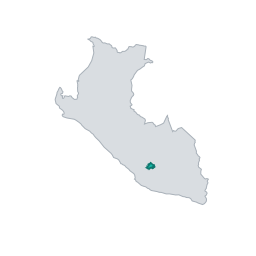 Huamanga, Ayacucho, Peru shown in context, rotated 339°
{"feature_id": "86281439B20433553011992", "entity_name": "Huamanga", "entity_type": "district", "adm_level": 2, "iso_a3": "PER", "parent_name": "Peru", "parent_adm1": "Ayacucho", "projection": "natural_earth1", "projection_center": [-74.211, -13.262], "detail": "fine", "context": "in_parent", "style": "filled", "palette": "teal", "viewbox_px": 256, "rotation_deg": 339, "n_neighbors": 0, "source": "geoboundaries", "source_scale": "gbopen_adm2", "svg_char_len": 5512}
<svg xmlns="http://www.w3.org/2000/svg" viewBox="0 0 256 256"><g transform="rotate(339 128 128)"><path d="M174.9,74.7L174.8,75.4L174.1,75.8L173.4,75.3L172.3,75.4L170.8,73.8L167.1,74.0L165.5,75.9L163.1,76.4L160.5,77.2L157.5,77.6L152.8,80.6L151.7,81.9L149.6,83.6L147.8,84.2L147.0,89.7L145.3,92.9L144.6,94.7L145.5,97.3L145.5,98.6L144.5,99.7L143.8,99.8L142.1,100.9L139.8,103.3L139.3,105.2L140.1,107.7L139.8,108.0L137.8,108.4L137.9,109.8L137.5,110.3L139.2,112.3L140.1,112.8L140.2,113.2L140.0,113.7L139.6,114.0L139.6,114.4L140.8,115.9L141.7,118.8L143.4,120.2L143.5,121.2L144.0,122.1L144.9,122.8L147.0,125.7L147.0,127.1L144.8,130.2L148.5,130.2L152.5,131.3L153.0,131.8L153.5,133.2L153.6,134.1L154.4,134.9L154.3,136.6L159.6,136.6L163.0,136.2L168.5,130.9L169.4,130.5L169.0,131.6L168.9,132.5L169.2,133.4L168.5,134.7L168.4,147.4L169.5,146.7L170.7,147.9L171.7,148.0L174.7,146.5L178.2,146.8L186.4,163.4L185.7,164.5L185.7,165.4L184.7,166.1L183.7,167.5L183.6,174.1L182.7,176.1L183.2,177.1L183.6,179.2L184.4,180.5L184.6,181.3L184.5,181.6L183.3,182.4L183.3,183.6L181.2,185.9L180.8,187.5L180.1,188.0L179.9,189.9L181.7,192.8L180.5,194.5L179.4,197.1L181.3,202.6L182.0,203.4L182.8,203.3L184.0,203.8L184.7,204.6L183.2,205.7L182.9,206.1L183.0,207.9L181.4,209.3L179.2,212.7L178.6,212.9L177.5,213.9L177.3,214.4L177.5,214.9L178.4,215.9L178.5,217.2L176.9,218.8L175.8,218.9L175.4,219.3L175.8,221.4L175.8,222.4L175.4,223.5L174.6,224.7L172.3,226.0L170.2,226.2L166.5,223.1L165.4,221.8L161.8,219.1L161.2,216.3L160.0,214.9L157.8,213.9L156.1,212.4L154.8,211.8L151.5,208.6L148.5,207.6L143.0,204.3L140.0,203.2L136.1,200.1L134.1,199.2L132.4,197.8L127.4,194.7L126.6,193.7L125.8,192.2L124.7,191.3L123.4,189.2L121.6,187.9L119.8,186.3L117.5,181.9L116.5,180.9L116.4,178.9L115.7,178.0L116.8,177.4L117.4,174.3L117.1,172.7L114.5,168.6L114.0,166.9L112.1,163.7L111.5,161.8L110.0,160.4L109.3,159.2L108.5,158.7L108.4,157.2L107.9,154.4L107.0,153.0L104.0,150.4L103.7,147.5L103.1,145.5L98.9,137.5L96.5,129.8L94.5,125.5L93.6,123.0L93.5,121.7L92.0,119.4L91.2,117.3L87.8,113.3L85.9,108.9L85.6,107.5L84.3,105.1L82.1,101.9L81.0,100.6L74.5,96.7L71.5,94.2L71.1,93.0L71.2,92.3L71.9,91.6L72.8,92.1L73.4,91.9L73.8,91.0L73.8,89.7L73.3,88.0L71.2,84.7L71.7,83.2L69.6,79.4L70.1,75.6L70.6,74.7L73.7,70.9L74.6,69.3L75.9,68.3L77.3,66.8L78.9,65.6L79.4,66.0L79.9,68.0L79.8,69.4L80.3,70.9L79.2,72.2L77.9,72.0L77.4,72.3L77.2,72.9L77.4,74.0L77.8,74.4L78.7,74.4L77.5,76.4L77.5,76.8L78.4,77.2L79.3,76.7L80.1,75.5L80.7,75.4L83.9,77.3L85.3,77.1L86.5,78.0L86.6,79.4L88.2,82.1L90.5,82.8L90.9,82.6L91.5,81.6L92.0,81.4L92.1,79.8L94.1,78.2L94.4,77.1L94.1,76.3L94.2,75.7L95.4,72.0L95.8,71.7L96.1,70.5L96.6,69.8L97.3,65.7L97.8,65.7L98.4,66.7L99.0,66.5L98.7,65.5L98.8,65.2L101.0,62.0L101.8,61.3L112.7,56.8L118.2,52.2L123.0,45.7L124.5,39.2L125.0,39.7L125.9,39.5L125.6,36.9L125.9,35.6L125.8,35.3L124.3,33.7L123.7,32.0L122.4,31.0L122.5,30.6L123.8,31.0L125.1,30.8L126.2,29.8L127.0,29.9L128.8,31.3L130.1,31.5L130.5,32.5L131.8,33.3L133.6,35.5L134.5,38.0L134.4,38.4L135.2,39.7L137.0,40.3L138.8,42.1L140.6,42.7L141.5,44.3L142.0,44.9L142.2,45.8L141.9,46.9L142.2,47.5L143.5,48.4L144.7,48.5L145.0,48.9L145.6,51.6L145.2,53.0L145.4,53.7L146.9,54.4L147.3,55.0L148.5,55.1L150.3,54.5L152.4,55.3L154.0,55.0L154.8,54.8L155.5,54.2L156.2,54.3L157.9,52.5L158.3,52.4L160.1,53.2L161.6,54.3L163.5,54.1L164.3,53.4L165.6,53.0L168.0,54.4L168.6,55.1L169.2,55.2L171.8,56.7L172.3,57.3L173.7,57.8L174.0,58.3L173.9,58.8L167.7,69.8L169.6,70.8L171.4,70.2L172.3,70.9L173.0,72.7L174.4,73.9L174.9,74.7Z" fill="#d9dde1" stroke="#a8b0b8" stroke-width="1"/><path d="M131.2,171.8L131.3,171.9L131.3,172.0L131.4,172.3L131.5,172.4L131.7,172.5L131.8,172.4L132.0,172.3L132.3,172.4L132.3,172.5L132.2,172.6L132.3,172.8L132.3,173.0L132.4,172.9L132.5,173.0L132.7,173.3L132.8,173.4L132.9,173.5L133.0,173.5L133.3,173.6L133.5,173.6L133.8,173.4L133.8,173.5L133.9,173.4L134.0,173.4L134.3,173.5L134.5,173.4L134.9,173.1L135.0,173.1L135.2,173.3L135.2,173.2L135.2,173.3L135.3,173.3L135.3,173.2L135.5,173.2L135.7,173.3L135.8,173.5L136.0,173.8L136.0,174.0L136.2,174.3L136.3,174.3L136.4,174.5L136.4,174.4L136.4,174.5L136.5,174.5L136.8,174.5L137.0,174.5L137.0,174.4L136.9,174.3L136.9,174.2L136.9,173.9L136.8,173.7L136.9,173.4L136.9,173.2L137.0,173.2L137.1,173.3L137.1,173.5L137.3,173.5L137.5,173.5L137.6,173.8L137.7,174.0L137.8,174.1L138.0,174.1L138.3,174.0L138.4,173.9L138.5,174.0L138.6,173.9L138.8,173.8L139.0,173.8L139.0,173.7L139.1,173.4L139.0,173.2L138.9,173.1L139.0,173.1L138.9,173.1L139.0,172.9L139.0,172.7L139.1,172.4L139.1,172.2L139.3,172.1L139.2,172.1L138.9,172.1L138.7,172.0L138.7,171.9L138.8,171.8L138.9,171.7L138.7,171.6L138.5,171.8L138.3,171.7L138.2,171.7L138.2,171.8L138.1,171.7L138.0,171.4L138.0,171.2L137.9,171.1L137.9,170.9L137.8,170.7L137.7,170.6L137.6,170.4L137.5,170.2L137.4,170.1L137.4,169.9L137.3,169.7L137.2,169.8L137.1,169.7L137.0,169.4L136.9,169.4L137.0,169.3L137.0,169.2L136.9,169.1L136.9,168.9L136.8,168.7L136.7,168.6L136.6,168.8L136.4,168.8L136.3,169.0L136.2,169.0L135.9,169.3L135.5,169.1L135.4,169.1L135.2,169.0L135.1,168.9L134.9,168.8L135.0,168.9L135.0,169.0L135.0,169.3L135.0,169.5L134.9,169.6L134.8,169.4L134.7,169.4L134.5,169.2L134.4,169.1L134.2,169.0L133.9,169.1L133.8,169.3L133.8,169.5L133.7,169.6L133.7,169.8L133.7,170.0L133.8,170.1L133.9,170.3L133.8,170.5L133.7,170.5L133.4,170.7L133.3,170.8L133.2,170.8L132.9,170.8L132.7,170.8L132.4,170.8L132.2,170.7L132.2,170.8L132.1,171.0L131.9,171.2L131.9,171.3L131.7,171.6L131.4,171.7L131.3,171.8L131.2,171.8L131.2,171.8Z" fill="#14b8a6" stroke="#0f766e" stroke-width="1.5"/></g></svg>